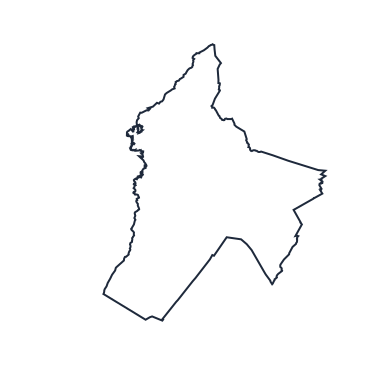 Cerralvo, Nuevo León, Mexico, rotated 61°
{"feature_id": "50627088B47581095224708", "entity_name": "Cerralvo", "entity_type": "district", "adm_level": 2, "iso_a3": "MEX", "parent_name": "Mexico", "parent_adm1": "Nuevo León", "projection": "equal_earth", "projection_center": [-99.749, 26.06], "detail": "fine", "context": "isolated", "style": "outline", "palette": "slate", "viewbox_px": 384, "rotation_deg": 61, "n_neighbors": 0, "source": "geoboundaries", "source_scale": "gbopen_adm2", "svg_char_len": 6055}
<svg xmlns="http://www.w3.org/2000/svg" viewBox="0 0 384 384"><g transform="rotate(61 192 192)"><path d="M93.3,104.2L84.2,105.6L77.9,103.0L74.3,101.3L73.6,102.1L72.8,102.3L72.8,103.5L72.5,104.5L72.7,105.3L72.6,106.6L73.2,108.4L73.8,112.9L73.6,117.9L74.2,118.3L73.3,120.0L72.7,120.8L73.3,121.8L73.3,123.4L73.9,125.5L75.0,126.5L76.7,125.6L77.2,127.1L78.7,127.6L80.4,129.5L81.5,129.6L82.1,130.7L82.7,131.1L83.0,132.2L82.7,134.1L82.8,134.9L83.3,136.7L84.5,138.8L85.4,140.1L85.5,142.6L87.2,143.6L87.4,147.1L87.3,147.8L88.2,149.5L87.7,151.4L87.9,152.9L88.4,152.9L89.4,154.3L89.8,154.3L89.8,154.7L90.9,155.8L91.4,156.7L93.0,157.0L92.6,159.6L92.9,161.4L93.1,166.1L93.6,168.3L97.3,172.1L98.2,174.2L97.8,175.9L98.7,178.0L97.0,179.4L98.4,184.8L97.2,190.1L98.3,189.7L99.0,188.8L99.6,190.5L98.5,192.1L98.3,197.6L97.5,198.8L99.9,202.5L101.6,202.8L102.6,205.3L104.1,206.6L106.4,207.6L107.7,206.2L107.6,205.4L108.2,205.2L108.4,205.6L109.4,205.7L109.8,204.9L109.9,203.9L110.7,203.6L111.2,204.2L111.2,205.3L112.1,205.6L112.8,205.4L113.3,206.2L114.0,205.3L114.2,206.6L114.7,206.8L114.7,207.5L114.1,207.6L114.9,209.0L114.6,210.4L113.7,209.4L113.2,210.5L112.7,209.5L112.2,209.5L111.6,208.7L110.7,208.3L110.2,208.3L110.1,208.8L109.8,208.6L109.8,208.2L107.7,207.2L107.5,208.0L107.6,208.6L107.4,208.7L107.2,209.1L107.6,209.5L107.4,210.6L106.5,210.8L106.5,211.4L106.7,211.8L106.6,212.3L107.9,212.7L108.6,212.1L109.1,212.3L108.7,213.1L110.6,213.9L110.5,214.4L107.3,215.0L107.5,215.9L107.4,216.3L107.8,217.6L107.8,219.0L108.2,219.9L111.1,221.6L111.9,221.0L111.3,219.9L112.0,220.0L112.3,220.5L113.5,218.7L114.0,218.8L113.9,218.5L114.1,217.8L114.3,216.7L115.0,217.0L115.3,218.3L115.6,218.5L116.3,217.7L116.6,217.9L117.0,219.3L117.6,219.5L118.0,219.0L118.4,220.0L119.2,220.1L120.0,221.1L120.3,220.6L120.4,219.3L121.8,218.9L122.1,219.6L120.8,220.8L121.5,222.0L122.2,221.8L122.7,222.5L122.6,223.4L123.4,223.5L123.7,223.9L123.6,224.9L125.2,225.1L125.3,224.6L125.8,224.8L126.2,224.4L126.0,224.0L126.5,223.7L126.7,223.8L127.1,223.3L127.0,222.4L127.7,222.0L127.7,220.9L128.5,221.5L130.0,218.2L129.9,217.5L130.4,217.2L130.5,216.5L131.3,216.8L132.8,215.0L133.8,215.7L133.3,217.8L133.9,217.7L134.0,217.2L135.4,217.1L137.5,217.7L137.8,218.7L136.5,218.7L135.0,221.0L140.8,219.1L143.0,219.3L144.5,218.9L145.1,219.0L145.3,219.4L146.0,218.9L147.1,219.1L147.3,219.6L147.2,220.2L146.9,220.3L146.2,220.1L145.9,220.6L147.3,221.4L147.8,221.2L148.2,220.7L148.5,220.9L148.2,222.8L148.3,223.6L149.7,226.0L149.9,226.1L150.6,225.6L151.0,226.0L150.7,226.4L149.8,226.6L149.7,226.9L149.7,227.2L150.4,227.8L150.8,227.8L151.3,227.6L152.6,226.5L153.0,226.5L153.2,227.0L153.1,227.6L152.4,228.4L152.4,229.6L152.6,229.7L153.5,228.6L153.8,228.5L154.6,229.4L154.1,229.9L153.5,229.8L153.1,229.9L152.4,230.8L152.1,231.6L152.1,232.0L152.3,232.1L153.5,231.8L153.5,232.1L153.1,233.2L154.1,234.0L153.8,234.4L153.0,234.8L153.1,236.4L153.4,237.1L154.1,237.3L156.0,236.9L157.0,237.2L157.1,237.6L156.6,238.8L156.9,239.1L157.7,238.7L158.4,238.0L158.7,238.0L158.6,239.2L159.6,239.8L160.3,241.2L162.4,240.5L163.6,240.9L163.9,241.3L164.0,241.7L164.0,242.1L163.7,242.7L163.9,243.3L164.3,243.7L164.6,243.7L165.2,242.8L166.4,243.2L166.7,243.0L167.4,241.5L168.3,240.8L168.6,240.7L170.2,241.1L170.9,240.9L171.3,241.1L171.2,243.7L171.6,243.9L172.6,243.9L172.8,244.9L172.9,245.2L174.2,245.4L176.1,245.1L177.6,246.0L180.7,246.3L181.5,246.6L181.7,247.3L181.6,247.9L182.0,248.8L182.1,251.6L182.5,252.2L183.2,252.6L183.8,252.6L184.2,252.9L185.3,253.1L186.8,255.0L188.9,255.0L189.1,255.6L190.1,256.6L192.2,258.5L194.0,261.6L194.4,262.0L194.6,262.8L195.0,262.8L195.2,263.2L196.1,263.2L198.1,262.5L199.3,262.4L200.7,263.4L201.9,263.7L202.5,265.3L203.0,265.8L203.3,266.7L204.9,267.4L205.5,268.1L206.5,268.6L206.6,269.0L206.7,270.5L207.5,271.4L207.9,271.7L208.8,271.7L209.9,272.2L210.6,272.8L211.3,273.8L212.3,273.8L212.7,274.1L213.2,274.6L213.4,275.5L213.9,276.1L215.0,277.3L216.0,277.7L216.7,281.1L216.3,281.8L216.3,282.2L217.3,283.6L218.9,284.8L221.1,294.5L221.4,295.4L223.4,297.3L225.6,302.0L228.1,305.5L230.7,309.8L233.1,312.5L234.6,315.4L235.5,316.4L236.6,317.1L237.7,318.1L238.3,318.9L281.2,294.5L281.1,289.6L281.5,287.2L290.1,280.3L289.6,279.2L288.9,279.6L280.4,259.1L279.7,256.9L270.4,234.7L268.9,230.6L259.6,209.0L257.0,204.8L258.4,203.7L248.4,183.6L257.2,172.0L264.2,169.4L271.7,168.0L296.8,167.6L299.9,167.5L307.5,166.5L308.3,166.8L311.5,166.6L311.2,165.7L309.5,163.4L309.3,162.7L308.4,162.1L308.2,160.3L307.9,159.9L307.9,159.2L306.7,158.9L305.9,157.7L305.4,156.2L304.7,151.5L304.5,151.3L303.6,151.5L302.8,150.8L302.2,150.6L301.6,150.6L300.9,151.0L300.3,151.1L298.8,150.3L298.3,149.7L295.6,144.3L293.6,137.3L292.7,136.7L288.8,130.7L287.8,126.2L287.1,125.6L286.7,124.6L285.6,123.7L283.8,122.7L283.8,122.9L283.2,122.6L282.5,121.7L282.1,120.5L280.9,121.5L280.6,122.8L273.6,111.6L271.4,112.0L271.3,111.7L256.9,111.8L256.7,89.1L256.3,88.4L256.4,88.1L256.6,88.0L256.6,78.8L252.8,79.0L252.7,78.0L252.3,77.5L251.6,78.2L251.5,77.2L247.8,77.3L247.5,77.1L246.6,76.3L246.8,75.6L247.2,75.1L247.1,74.2L247.3,73.8L246.9,73.6L246.7,73.2L246.3,73.1L246.1,73.5L245.9,72.9L243.1,74.1L243.7,72.6L243.0,72.3L242.7,67.7L239.2,70.5L238.0,65.1L234.0,71.0L211.3,92.7L199.0,103.6L190.1,112.0L190.0,113.0L189.4,114.2L188.3,115.1L187.5,115.3L186.6,116.4L186.0,116.7L185.2,118.2L185.2,119.7L184.9,119.8L184.5,120.5L183.2,120.7L182.1,120.1L181.4,120.0L180.7,120.2L180.1,120.9L179.4,120.1L178.8,120.0L178.2,119.3L177.0,119.4L176.6,119.7L176.1,119.6L175.6,119.9L175.4,119.6L172.9,119.5L172.3,118.5L164.5,116.9L156.3,121.6L153.8,122.3L152.7,121.7L147.3,121.4L147.3,121.9L146.9,123.0L145.3,125.8L144.5,126.2L144.0,127.5L144.2,128.1L144.8,128.8L144.5,129.6L144.2,129.8L143.6,130.7L142.3,130.7L140.9,131.5L138.8,131.2L138.3,131.6L131.9,131.5L131.1,131.8L130.3,131.6L128.9,131.9L128.5,132.2L128.1,133.4L127.7,133.2L126.3,133.3L125.9,131.8L121.5,126.7L116.8,118.4L116.4,118.3L115.8,118.8L115.4,118.9L114.2,117.8L112.6,117.0L112.3,116.3L110.8,115.1L110.3,115.0L109.5,116.1L106.8,114.5L96.8,109.9L94.0,106.0L93.3,104.2Z" fill="none" stroke="#1e293b" stroke-width="2"/></g></svg>